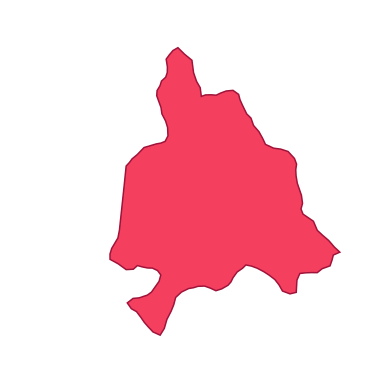 outline of Taiúva, São Paulo, Brazil, rotated 154°
{"feature_id": "56859067B50501087510424", "entity_name": "Taiúva", "entity_type": "district", "adm_level": 2, "iso_a3": "BRA", "parent_name": "Brazil", "parent_adm1": "São Paulo", "projection": "equal_earth", "projection_center": [-48.427, -21.141], "detail": "fine", "context": "isolated", "style": "filled", "palette": "rose", "viewbox_px": 384, "rotation_deg": 154, "n_neighbors": 0, "source": "geoboundaries", "source_scale": "gbopen_adm2", "svg_char_len": 1675}
<svg xmlns="http://www.w3.org/2000/svg" viewBox="0 0 384 384"><g transform="rotate(154 192 192)"><path d="M85.5,73.1L88.2,80.1L90.4,88.5L93.7,96.1L96.2,102.6L95.7,112.5L101.9,123.4L101.5,128.9L97.6,133.4L95.1,141.0L93.5,153.8L91.3,161.1L89.0,166.5L85.8,171.2L85.2,177.2L87.9,186.3L93.5,191.7L99.4,195.6L105.1,202.6L105.0,209.6L105.4,216.9L107.5,224.8L106.6,232.6L108.6,238.2L108.6,248.1L108.4,253.9L107.3,259.3L110.6,265.4L117.0,267.8L123.1,268.4L127.8,268.4L132.0,270.9L137.2,273.3L141.7,273.9L138.9,282.1L139.4,289.4L138.3,298.5L134.3,310.4L138.3,319.1L141.4,327.9L147.1,327.5L152.3,325.2L157.0,322.7L159.3,315.2L161.8,310.3L165.3,306.7L170.8,305.1L174.2,301.5L178.9,298.5L181.5,294.0L182.2,287.6L182.8,281.6L184.8,275.4L184.6,267.3L185.7,260.6L189.0,253.0L193.9,249.3L198.5,249.6L203.1,250.9L215.6,253.0L224.9,249.6L231.2,248.1L235.2,246.0L239.8,244.2L249.6,228.4L273.9,189.6L278.7,183.2L288.9,176.5L292.9,172.2L295.2,167.4L289.7,159.6L285.2,151.1L278.6,148.3L273.3,149.8L269.2,146.2L265.1,143.1L261.0,141.0L257.4,136.5L256.4,131.1L260.8,126.1L272.3,119.8L277.3,118.9L286.1,120.1L291.6,122.2L298.8,120.7L297.7,113.7L294.3,108.8L292.9,101.6L292.0,95.6L290.5,90.1L288.4,83.3L283.4,77.3L276.7,81.5L270.4,88.5L262.9,94.1L257.7,98.8L252.9,104.4L245.3,106.7L237.3,106.7L232.6,105.3L228.0,104.6L221.9,101.9L217.7,97.6L213.8,92.8L207.7,91.9L200.5,92.4L196.4,94.1L192.7,97.0L186.5,100.3L179.9,101.3L175.6,102.8L171.1,99.4L166.8,94.9L162.4,88.9L159.1,83.4L155.9,77.0L154.5,70.3L154.1,63.3L148.6,57.5L142.3,56.1L136.3,66.8L130.8,71.5L125.2,69.5L120.0,67.2L114.8,64.6L108.6,66.0L100.3,65.1L96.0,69.4L92.6,73.4L85.5,73.1Z" fill="#f43f5e" stroke="#9f1239" stroke-width="1.5"/></g></svg>